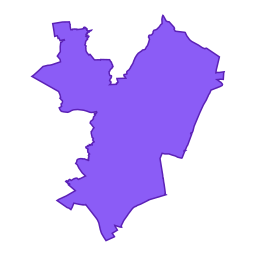 Suceava, Suceava, Romania
{"feature_id": "2599482B51087359831243", "entity_name": "Suceava", "entity_type": "district", "adm_level": 2, "iso_a3": "ROU", "parent_name": "Romania", "parent_adm1": "Suceava", "projection": "natural_earth1", "projection_center": [26.251, 47.664], "detail": "fine", "context": "isolated", "style": "filled", "palette": "violet", "viewbox_px": 256, "rotation_deg": 0, "n_neighbors": 0, "source": "geoboundaries", "source_scale": "gbopen_adm2", "svg_char_len": 5516}
<svg xmlns="http://www.w3.org/2000/svg" viewBox="0 0 256 256"><path d="M102.0,234.2L103.9,237.4L106.0,240.6L114.2,236.9L114.5,236.7L114.4,236.5L112.2,233.3L117.4,230.1L115.1,226.3L114.8,225.4L119.9,227.0L121.6,227.2L121.2,225.8L123.7,220.6L127.8,214.8L127.9,214.5L131.9,209.2L133.5,207.5L135.1,206.5L135.7,206.5L137.3,205.4L140.5,204.2L148.7,200.1L148.6,199.9L166.0,194.7L164.9,193.9L165.3,193.3L164.7,188.5L164.1,184.2L163.7,182.1L163.2,178.1L162.9,178.1L162.7,175.1L160.0,158.5L162.1,153.3L164.8,153.9L168.9,153.9L172.0,155.0L175.4,156.0L177.7,157.2L180.5,157.9L181.7,158.1L182.1,157.9L184.6,151.5L184.0,151.1L184.3,150.6L185.0,151.0L185.5,150.5L185.2,150.3L185.6,150.2L185.3,150.0L186.8,146.4L187.7,145.0L191.3,135.2L191.6,134.6L190.7,133.7L191.2,132.7L192.1,133.0L193.0,130.8L194.1,126.3L199.8,112.7L203.4,104.9L206.3,100.0L207.4,97.5L208.1,96.1L208.6,94.8L209.7,93.2L211.0,90.1L220.6,86.3L222.2,85.4L222.5,84.3L221.9,83.4L220.7,82.1L220.3,82.0L217.0,79.6L218.7,79.5L220.2,79.2L223.3,79.4L223.7,73.0L224.1,71.8L219.0,72.5L217.5,72.4L215.9,72.8L216.3,69.8L219.4,56.9L206.5,48.2L206.0,48.2L204.9,48.7L203.0,48.0L202.0,47.5L198.6,45.2L191.6,41.4L189.6,39.7L189.0,38.9L186.8,35.9L185.2,32.5L184.6,32.3L175.3,31.2L174.0,29.1L174.5,28.3L173.9,27.1L169.2,21.9L168.9,21.7L168.2,21.8L167.5,21.6L166.2,21.0L163.2,15.6L162.9,15.4L162.4,16.7L161.9,19.2L162.1,23.6L160.7,24.7L159.4,26.7L156.8,29.3L155.5,29.9L154.1,30.2L153.8,30.4L153.1,31.7L153.0,33.0L151.9,34.6L150.8,35.1L149.3,35.2L148.9,35.6L148.5,37.1L149.1,37.9L149.2,38.6L149.5,39.3L148.6,42.5L147.7,45.1L147.0,46.3L146.4,46.9L145.3,49.2L143.9,49.8L142.8,49.9L142.3,50.2L141.4,51.2L140.5,51.6L139.7,52.3L138.3,53.2L136.7,55.2L135.0,58.0L134.5,59.4L134.0,60.3L132.9,63.4L130.5,67.3L130.5,67.7L129.0,69.8L127.3,71.1L126.9,71.7L126.7,72.1L126.9,73.4L126.8,74.0L124.0,74.6L123.9,75.1L124.0,75.9L125.1,76.9L125.8,78.2L116.9,78.5L117.0,79.2L117.7,81.0L118.0,82.2L117.8,82.6L117.0,82.8L117.0,83.4L116.4,83.5L116.4,84.3L109.8,84.6L110.6,83.8L110.8,83.3L111.0,82.2L110.8,81.7L110.5,81.8L110.3,81.7L110.2,81.1L109.6,80.6L109.6,80.4L110.1,79.1L110.9,78.3L111.1,77.5L111.4,77.1L111.5,76.0L111.3,75.7L110.1,75.6L109.8,75.3L109.2,73.5L109.1,71.6L109.8,71.0L110.4,69.4L111.6,68.6L112.0,67.9L112.5,67.6L112.6,67.3L112.4,66.8L113.0,66.3L112.5,65.4L112.5,64.9L112.0,64.1L111.3,62.1L110.4,61.2L109.6,59.7L100.7,59.5L100.5,60.1L99.5,59.8L94.7,59.9L94.3,59.7L90.1,54.4L89.7,54.4L89.3,54.9L89.0,55.1L88.7,54.6L87.6,53.6L86.4,51.7L85.9,50.2L85.9,48.5L85.7,47.9L85.8,47.0L86.1,46.0L85.0,45.1L84.9,44.7L85.4,43.7L85.5,42.5L85.5,42.1L85.8,41.4L85.8,41.1L86.4,40.5L86.6,40.1L87.5,39.4L87.5,39.1L87.2,38.3L87.8,37.9L88.7,36.8L88.9,36.3L88.5,36.0L87.4,35.8L86.6,36.5L86.2,36.6L86.0,36.4L86.4,36.2L86.2,35.4L86.6,35.2L86.0,34.8L86.3,34.3L86.4,33.9L87.4,33.8L87.0,33.0L87.5,32.8L87.5,32.4L88.5,32.1L89.0,32.2L89.3,31.5L91.4,30.4L91.5,30.2L88.3,31.0L88.0,30.8L87.6,30.8L87.3,30.4L86.9,30.3L87.0,29.6L86.6,29.5L86.3,29.2L86.7,28.7L86.1,28.5L85.9,27.8L85.5,27.5L85.3,27.5L85.1,27.8L84.8,27.8L84.9,27.4L84.6,27.2L83.7,27.5L84.0,28.4L84.0,28.5L81.3,29.1L76.9,29.6L76.8,29.1L75.0,29.2L74.9,29.0L72.5,29.2L72.4,29.7L70.8,29.7L70.5,28.4L70.1,26.0L70.2,24.5L69.7,23.5L69.4,21.9L62.6,22.0L52.7,23.6L54.1,31.9L54.7,36.4L57.2,35.7L57.6,36.3L58.1,38.4L59.0,38.2L60.1,40.6L64.2,39.6L64.4,40.2L62.8,40.6L62.4,41.2L61.5,42.3L60.7,42.4L60.2,46.7L60.3,51.7L57.3,56.1L60.1,59.4L60.5,61.8L51.6,64.8L49.6,65.2L47.8,65.3L43.0,66.5L38.5,70.8L33.6,75.2L31.9,76.4L58.6,91.5L60.0,94.7L60.6,97.4L59.9,98.2L60.8,99.1L61.0,99.6L62.3,100.6L62.5,101.2L62.4,102.2L62.1,103.1L61.6,103.9L61.1,104.0L61.4,105.9L61.6,106.2L60.9,106.9L59.2,107.8L60.0,109.6L60.8,110.8L61.6,111.4L63.9,111.9L67.8,112.3L69.7,111.6L71.6,110.5L73.6,109.8L77.7,109.5L83.6,110.2L87.0,111.2L89.4,112.1L91.1,112.5L93.3,112.3L96.5,111.6L96.8,112.2L96.4,112.5L96.5,112.9L95.9,113.7L95.7,113.8L95.1,113.5L94.4,113.7L94.4,114.1L94.5,114.4L95.1,114.6L95.3,115.0L93.5,117.0L93.4,117.4L93.5,118.2L93.1,118.7L93.2,119.1L92.2,120.2L91.2,120.8L90.3,122.1L90.2,123.2L91.6,124.6L91.9,125.2L94.0,127.8L93.1,128.7L91.9,130.9L91.1,131.8L91.3,132.3L91.2,133.1L92.2,137.5L93.3,138.3L93.0,138.8L93.0,139.4L92.7,140.0L93.1,140.3L93.2,140.9L94.1,141.7L94.1,141.9L93.4,142.4L92.8,142.6L92.1,143.5L91.7,143.9L92.1,144.5L92.2,144.9L92.1,145.0L91.0,144.6L90.3,144.6L90.7,144.9L90.3,145.3L90.0,145.4L89.7,145.1L89.1,145.2L88.2,146.0L88.0,146.3L87.6,146.2L87.4,145.9L86.8,146.7L86.4,147.0L86.0,147.0L86.1,147.3L85.9,147.5L86.3,148.2L87.9,148.9L88.0,149.4L87.7,149.6L87.6,150.1L87.8,150.7L87.8,152.1L89.5,153.8L89.5,154.0L89.1,153.9L88.9,154.0L88.7,154.9L88.8,155.8L88.5,155.9L89.0,156.8L88.5,157.7L88.4,158.0L88.6,158.3L88.3,158.6L88.5,159.1L88.6,160.4L88.2,160.5L87.6,159.9L87.2,160.0L86.9,159.7L85.9,159.6L84.6,158.9L82.4,158.9L82.3,158.7L80.5,158.6L78.9,158.9L78.0,159.2L77.3,159.6L76.8,160.8L76.7,161.8L75.7,163.5L77.2,164.6L79.0,168.2L82.2,172.8L85.5,176.0L81.1,178.2L79.7,178.9L79.5,178.7L78.3,179.4L77.1,178.2L76.4,178.1L75.2,178.3L74.6,178.7L74.2,178.6L71.1,180.5L69.8,179.4L68.4,180.3L67.7,181.0L68.2,181.3L67.5,181.9L67.3,181.9L66.8,181.3L66.9,181.2L66.4,180.8L65.7,181.4L66.5,182.2L67.2,182.7L67.3,182.6L68.2,183.5L68.3,183.7L68.1,183.8L68.3,184.1L69.3,183.7L69.7,184.1L68.7,185.0L74.6,190.0L75.3,190.7L66.3,195.9L58.9,199.3L57.0,200.5L67.2,207.6L68.9,208.1L70.9,209.6L72.1,207.5L73.8,203.2L79.2,204.3L82.9,204.9L82.9,204.7L85.6,205.0L85.8,204.7L96.3,218.2L97.4,219.8L98.8,222.9L100.3,229.6L101.3,232.8L102.0,234.2Z" fill="#8b5cf6" stroke="#5b21b6" stroke-width="1.5"/></svg>